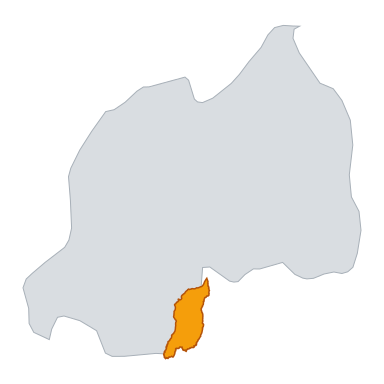 Gisagara, Southern, Rwanda shown in context
{"feature_id": "39286606B87181547360532", "entity_name": "Gisagara", "entity_type": "district", "adm_level": 2, "iso_a3": "RWA", "parent_name": "Rwanda", "parent_adm1": "Southern", "projection": "robinson", "projection_center": [29.795, -2.608], "detail": "fine", "context": "in_parent", "style": "filled", "palette": "amber", "viewbox_px": 384, "rotation_deg": 0, "n_neighbors": 0, "source": "geoboundaries", "source_scale": "gbopen_adm2", "svg_char_len": 6631}
<svg xmlns="http://www.w3.org/2000/svg" viewBox="0 0 384 384"><path d="M143.4,87.0L148.9,86.9L185.0,77.1L188.6,80.2L194.4,99.1L197.5,101.9L202.5,102.6L212.7,98.2L231.3,83.4L239.4,74.4L248.9,61.7L261.1,47.4L267.9,34.9L274.6,27.6L283.3,25.4L292.9,26.0L299.6,26.2L294.1,29.2L293.0,38.3L299.3,53.0L320.0,83.2L333.2,88.7L341.9,100.4L350.3,120.2L352.8,145.0L349.3,174.8L351.4,196.9L359.0,211.4L361.0,230.3L357.3,253.4L352.9,267.3L347.7,271.8L341.9,273.5L333.9,272.0L324.1,274.0L313.5,278.3L306.9,278.9L302.8,278.1L294.9,274.4L282.6,262.4L259.6,269.0L253.4,268.9L244.9,274.6L238.1,281.6L233.9,282.1L229.6,281.1L209.8,267.0L202.6,267.5L199.6,307.1L196.3,329.1L192.2,338.9L178.0,348.4L163.7,353.8L155.9,353.4L124.5,356.3L112.2,356.4L105.4,353.1L96.6,330.7L79.9,320.7L64.0,316.0L57.5,317.3L51.7,329.1L49.3,339.6L33.8,332.4L29.1,323.5L28.7,308.4L23.0,287.8L26.2,279.0L32.3,273.3L45.1,262.4L64.7,247.3L68.9,240.1L71.6,228.1L70.4,200.2L68.5,176.6L70.8,168.2L79.8,150.0L91.7,131.3L105.7,111.6L114.1,109.7L125.2,102.2L136.9,91.2L143.4,87.0Z" fill="#d9dde1" stroke="#a8b0b8" stroke-width="1"/><path d="M188.5,289.1L187.6,289.8L187.4,290.3L186.6,290.8L186.4,290.9L186.1,291.3L185.6,291.7L185.5,292.0L185.1,292.4L185.0,292.8L184.5,293.5L184.1,293.6L182.9,294.5L182.7,294.9L182.3,295.0L181.9,295.5L181.7,295.8L181.5,296.0L181.4,296.4L181.5,297.2L181.4,297.4L181.6,297.9L181.6,298.3L181.7,298.5L181.4,299.1L181.1,299.3L180.8,299.6L180.4,299.8L179.5,299.7L179.4,299.5L179.0,299.3L178.7,299.1L178.3,299.2L178.2,299.7L178.3,300.1L178.7,300.7L178.4,301.1L177.9,301.7L177.5,301.8L177.3,302.1L176.7,302.2L176.2,302.9L175.9,303.6L175.7,303.8L175.1,304.0L174.6,304.5L174.6,305.1L175.3,306.6L175.4,307.2L175.4,308.2L175.2,309.7L174.7,310.5L174.1,311.3L174.1,313.0L173.9,314.3L174.0,315.0L173.7,316.1L173.6,316.7L173.9,317.5L174.2,317.8L174.6,318.5L175.4,319.8L175.8,320.0L176.1,320.5L176.3,321.3L176.2,321.6L175.9,322.1L175.8,322.4L175.7,322.7L175.7,323.0L175.6,323.8L175.6,324.0L175.7,325.5L175.4,327.8L175.4,328.0L175.4,328.6L175.3,329.2L175.2,330.2L175.0,330.8L174.9,331.1L174.8,331.5L174.1,332.4L174.0,332.7L173.7,333.3L173.2,333.7L172.8,334.2L172.6,334.3L172.0,334.8L171.7,335.2L171.8,335.5L171.6,335.7L171.7,336.4L171.4,337.9L171.2,338.0L171.1,338.3L170.6,338.7L170.6,338.8L170.2,339.2L170.2,339.4L170.1,339.5L170.0,339.8L169.8,339.9L169.7,340.4L169.2,340.8L169.1,341.0L168.4,341.4L168.2,341.8L167.9,342.0L168.0,342.3L167.9,343.6L167.7,344.0L167.3,344.1L167.1,344.3L167.3,344.7L167.2,344.8L167.3,345.0L167.1,345.5L166.8,345.7L166.9,345.8L166.9,346.0L166.9,346.5L166.7,346.6L166.3,346.7L166.4,347.0L166.5,347.2L166.4,347.3L166.2,347.4L166.1,347.6L166.4,347.9L166.4,348.2L166.4,348.6L166.1,348.9L166.1,349.6L165.9,349.9L165.7,350.0L165.2,350.4L165.0,350.9L165.0,351.4L164.9,351.3L164.7,351.3L164.5,351.5L164.5,351.8L164.3,352.0L164.3,352.7L164.2,352.9L164.0,353.2L163.9,354.1L163.7,354.3L163.8,354.8L164.0,354.7L164.1,354.8L164.1,355.3L164.3,355.7L164.3,356.1L164.3,356.4L164.2,356.8L164.7,356.9L164.9,357.2L164.7,357.6L165.4,358.5L165.5,358.6L165.7,358.4L166.0,358.4L166.5,358.0L166.6,357.8L166.8,357.9L167.0,358.2L167.3,358.3L167.5,357.9L167.8,357.9L167.8,358.2L168.0,358.3L168.4,357.7L168.5,357.9L169.2,357.1L169.5,356.9L169.9,357.1L170.1,357.0L170.5,357.0L171.1,356.7L171.6,356.3L171.9,356.5L172.1,356.5L172.6,357.0L173.1,357.0L173.6,356.3L173.7,355.9L174.0,355.6L174.1,355.3L174.3,354.7L174.8,353.8L174.8,352.7L175.0,352.5L174.9,352.1L175.1,351.2L175.6,351.0L175.7,350.6L175.8,350.0L175.6,349.5L175.8,348.9L175.7,348.7L176.2,348.3L176.5,348.6L176.9,348.6L177.2,348.4L178.1,348.3L178.6,348.5L178.9,348.3L179.1,348.1L179.2,347.8L179.6,347.6L179.7,347.3L180.0,346.9L180.6,347.0L181.0,347.1L181.5,347.2L181.6,347.3L182.0,347.3L181.9,347.6L181.9,347.9L182.2,348.1L182.3,348.4L182.5,348.5L182.6,349.1L182.8,349.7L183.0,349.8L183.1,350.0L183.3,349.9L183.5,350.2L183.8,350.0L184.3,350.4L184.5,350.2L185.0,350.2L185.3,350.6L185.4,350.8L186.1,351.4L186.3,351.2L186.2,350.7L186.5,350.3L186.4,350.1L186.7,350.1L187.0,349.6L187.3,349.4L187.4,349.1L187.5,349.0L187.8,349.2L188.2,348.9L188.7,348.9L189.5,348.6L189.9,347.9L190.0,347.9L190.2,348.0L190.7,348.1L190.9,347.9L191.1,347.6L191.5,347.4L192.0,347.3L192.7,347.6L193.3,347.6L193.5,347.3L193.9,347.3L194.0,347.2L194.2,346.8L194.4,346.5L194.4,346.3L194.2,346.3L194.1,346.2L194.0,345.9L194.6,345.8L195.3,345.6L195.5,345.4L195.6,345.5L195.8,345.5L196.1,345.2L196.5,344.8L196.4,344.4L196.1,344.3L196.5,343.9L196.6,343.3L196.3,343.0L196.5,342.8L196.6,342.5L196.9,342.3L196.9,341.9L197.3,341.6L197.5,341.5L197.6,341.3L197.8,340.8L197.8,340.7L198.0,340.6L197.9,340.3L198.0,339.9L198.4,339.5L198.6,339.4L198.9,338.9L199.1,338.9L199.3,338.7L199.5,338.0L199.7,337.4L199.9,337.3L200.7,336.3L200.7,335.8L200.6,335.6L200.8,334.6L201.5,333.7L201.6,333.3L201.7,332.9L201.9,332.5L201.9,332.1L202.0,331.8L202.3,330.5L202.4,329.5L202.6,329.2L202.7,328.7L202.4,328.3L202.4,327.8L202.5,327.6L202.8,327.4L202.9,326.9L203.1,326.8L203.3,326.5L203.6,324.7L203.4,324.1L203.0,323.7L202.6,323.6L202.3,323.1L202.4,322.6L202.6,322.1L202.6,321.8L202.8,321.3L202.6,321.0L202.8,320.7L202.6,320.1L202.7,319.1L202.7,318.6L202.7,318.4L202.8,318.3L202.7,317.4L202.8,317.2L202.9,316.7L202.7,315.9L202.8,315.7L202.9,315.0L202.7,314.4L202.7,314.0L202.5,313.2L202.3,313.1L202.2,312.8L201.9,312.5L202.0,312.3L201.7,311.5L201.6,310.8L201.2,310.4L201.3,309.8L201.3,309.6L201.1,309.3L201.1,308.8L201.3,308.5L201.3,308.3L201.6,308.1L201.9,307.1L202.3,306.8L202.5,306.6L202.4,305.8L203.0,305.0L203.3,304.5L203.3,303.7L203.5,303.1L203.5,302.8L203.5,302.3L203.3,301.8L203.5,301.7L203.9,301.4L203.9,301.1L204.1,300.8L204.0,300.5L203.9,300.2L204.0,300.0L204.2,299.2L204.4,298.9L204.5,298.4L204.8,298.0L204.7,297.7L205.0,297.5L206.0,297.3L206.5,296.4L206.9,296.0L207.2,296.1L207.4,296.1L207.7,295.9L208.0,296.0L208.5,295.5L208.8,295.4L208.9,295.0L208.9,294.8L209.0,294.1L208.9,293.9L209.1,293.5L209.1,293.2L208.9,293.0L208.8,292.4L209.0,291.6L209.0,291.3L209.1,290.9L209.4,290.6L209.3,290.4L209.2,290.2L209.0,289.8L209.0,289.5L209.0,288.9L208.7,288.7L208.6,288.4L208.8,288.0L208.9,287.7L208.7,287.0L208.4,286.7L208.5,286.3L208.1,286.1L208.0,285.7L208.0,285.3L208.0,284.7L207.9,284.3L207.9,283.9L207.8,283.6L208.0,283.4L207.9,283.1L207.9,282.8L207.8,282.6L207.9,282.1L208.0,281.6L207.8,281.2L207.5,280.1L207.2,279.5L206.8,278.3L206.2,279.1L204.6,281.7L203.8,283.8L203.2,284.9L202.3,286.0L201.9,286.4L201.4,286.6L200.5,286.8L199.5,287.3L197.9,287.9L196.6,287.8L196.4,287.9L195.7,288.4L194.8,288.8L193.5,288.8L192.1,288.6L191.5,288.9L191.2,288.9L190.8,289.2L190.3,289.2L189.5,289.5L188.7,289.1L188.5,289.1Z" fill="#f59e0b" stroke="#b45309" stroke-width="1.5"/></svg>